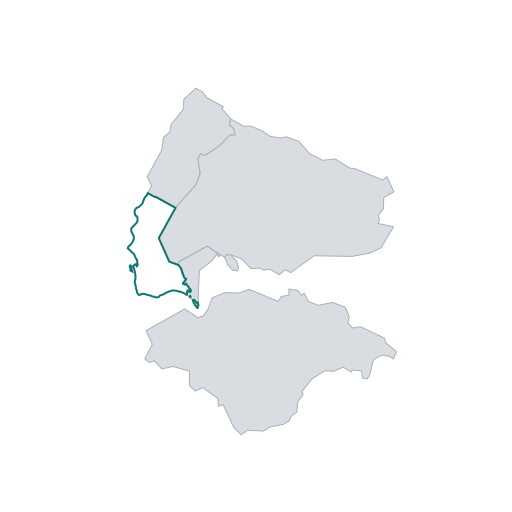 map of Oman with United Arab Emirates, Qatar, Iran and 2 others greyed out, rotated 140°
{"feature_id": "OMN", "entity_name": "Oman", "entity_type": "country or territory", "adm_level": 0, "iso_a3": "OMN", "parent_name": "Asia", "parent_adm1": "", "projection": "robinson", "projection_center": [56.004, 21.502], "detail": "fine", "context": "with_neighbors", "style": "outline", "palette": "teal", "viewbox_px": 512, "rotation_deg": 140, "n_neighbors": 5, "source": "natural_earth", "source_scale": "50m", "svg_char_len": 5464}
<svg xmlns="http://www.w3.org/2000/svg" viewBox="0 0 512 512"><g transform="rotate(140 256 256)"><path d="M282.9,279.7L284.8,279.1L285.1,282.5L293.5,280.6L308.7,281.3L330.6,257.4L332.6,261.6L334.1,271.4L328.7,271.4L327.8,279.4L329.7,281.2L324.9,283.6L324.8,288.7L319.3,301.4L287.2,295.1L282.9,279.7Z" fill="#d9dde1" stroke="#a8b0b8" stroke-width="1"/><path d="M274.7,273.5L274.1,264.5L277.1,258.0L280.0,256.7L283.1,260.5L283.2,267.8L280.9,275.0L277.9,275.9L274.7,273.5Z" fill="#d9dde1" stroke="#a8b0b8" stroke-width="1"/><path d="M252.0,209.5L246.3,203.0L246.4,196.5L243.1,196.5L245.0,187.5L239.9,178.1L227.4,171.4L220.6,159.6L223.3,150.0L228.6,145.7L228.1,138.5L221.5,134.8L210.3,110.3L212.5,106.4L209.9,92.3L217.0,88.8L218.4,93.5L223.3,99.1L230.1,100.8L233.8,100.4L246.0,91.3L249.8,90.4L252.7,94.0L249.1,100.1L255.2,106.6L257.7,106.0L260.7,115.0L270.3,117.6L277.2,123.8L291.7,125.9L307.7,122.7L308.7,119.8L317.7,117.4L324.9,110.3L331.7,110.7L336.2,108.4L343.4,109.5L354.7,115.8L362.8,117.1L374.6,128.0L382.2,128.5L383.3,138.8L376.7,163.2L381.2,165.0L376.9,171.8L381.4,189.5L389.3,191.6L390.3,199.5L381.0,210.7L390.6,224.7L400.7,230.1L401.2,241.0L406.2,243.0L407.2,248.7L392.1,255.1L388.2,269.5L344.7,261.3L340.1,246.1L335.1,243.9L327.0,246.1L316.3,252.1L303.4,248.0L292.8,238.5L282.7,235.0L268.2,206.8L262.6,208.8L256.0,204.7L252.0,209.5Z" fill="#d9dde1" stroke="#a8b0b8" stroke-width="1"/><path d="M286.9,344.6L298.7,373.6L290.9,376.9L288.5,386.6L260.4,397.6L250.7,406.3L242.7,406.3L236.3,411.4L217.5,415.1L210.6,422.4L194.3,423.2L191.5,416.0L191.9,409.2L185.2,391.4L187.3,390.8L187.3,377.3L192.1,373.4L191.1,368.2L194.1,362.1L198.4,365.3L213.8,363.9L230.3,365.8L232.9,369.9L238.0,367.8L245.8,354.9L255.9,349.3L286.9,344.6Z" fill="#d9dde1" stroke="#a8b0b8" stroke-width="1"/><path d="M109.0,216.6L120.6,218.6L128.0,210.3L136.1,208.6L138.0,204.5L141.6,202.4L131.9,190.0L155.1,181.9L167.5,185.3L182.6,193.9L211.3,218.8L240.1,221.0L242.6,226.9L250.1,226.5L254.0,237.2L259.2,240.0L260.9,244.4L268.0,249.5L268.8,262.9L274.7,273.5L277.9,275.9L280.9,275.0L287.2,295.1L319.3,301.4L321.4,298.7L326.3,307.5L319.2,332.2L286.9,344.6L255.9,349.3L245.8,354.9L238.0,367.8L232.9,369.9L230.3,365.8L213.8,363.9L198.4,365.3L194.1,362.1L191.1,368.2L192.1,373.4L187.3,377.3L182.1,363.4L176.6,359.0L171.1,348.6L168.3,338.6L161.0,330.1L156.3,328.0L149.5,316.2L149.2,300.3L143.5,286.6L132.9,279.3L127.7,263.0L124.7,260.2L110.0,232.6L104.8,232.6L109.0,216.6Z" fill="#d9dde1" stroke="#a8b0b8" stroke-width="1"/><path d="M298.5,373.6L297.8,372.0L297.2,370.4L296.5,368.7L295.9,367.1L295.4,366.0L294.7,365.6L294.2,364.4L293.7,363.1L293.3,361.9L292.8,360.7L292.3,359.4L291.8,358.2L291.4,357.0L290.9,355.7L290.4,354.5L290.0,353.3L289.5,352.0L289.0,350.8L288.6,349.6L288.1,348.3L287.6,347.1L287.1,345.8L286.7,344.6L288.2,344.0L290.0,343.3L291.9,342.6L293.7,341.9L295.6,341.2L297.4,340.5L299.3,339.8L301.1,339.1L303.0,338.4L304.8,337.7L306.7,336.9L308.5,336.2L310.4,335.5L312.2,334.8L314.1,334.1L315.9,333.4L317.8,332.7L318.9,332.3L319.4,330.6L319.8,329.2L320.2,327.9L320.6,326.5L321.0,325.1L321.4,323.8L321.7,322.4L322.1,321.0L322.5,319.7L322.9,318.3L323.3,316.9L323.7,315.6L324.1,314.2L324.5,312.8L324.9,311.5L325.3,310.1L325.7,308.7L326.0,307.5L325.4,306.3L324.5,304.6L323.5,303.0L322.6,301.4L322.0,300.2L321.2,298.8L321.3,297.0L321.3,296.1L321.3,294.7L322.1,292.8L323.0,290.4L323.6,288.7L324.2,287.3L324.6,286.2L324.9,285.0L324.8,284.2L324.5,283.9L324.2,283.5L325.1,282.9L326.6,282.5L327.5,282.6L328.7,282.3L329.7,282.0L329.8,281.6L329.5,281.0L329.1,280.1L327.7,280.0L327.3,279.8L327.8,278.5L327.8,278.0L327.6,277.5L327.4,276.7L327.5,275.6L327.8,274.9L327.8,274.3L327.7,273.1L327.7,272.1L328.0,271.5L328.5,271.0L329.0,270.8L329.5,270.8L329.9,271.0L330.0,271.6L329.9,272.0L329.7,272.0L330.0,272.9L330.6,273.7L331.0,273.5L331.5,273.0L332.0,272.5L332.7,272.1L333.2,271.3L333.6,270.8L334.0,270.7L335.1,273.9L336.7,277.0L338.1,278.6L339.6,280.9L341.8,283.0L342.9,283.7L347.0,285.2L349.3,285.8L352.4,286.3L354.6,287.4L355.4,287.5L356.5,287.2L357.3,287.2L359.4,288.7L360.0,290.2L360.9,291.0L361.7,292.2L362.2,293.5L363.9,295.5L365.2,297.7L366.5,299.3L367.6,300.3L369.3,300.7L370.7,301.2L370.8,302.3L370.7,303.7L370.4,304.8L369.2,306.8L368.9,308.1L367.5,310.2L365.9,313.7L365.2,314.5L362.7,316.3L360.9,318.5L358.7,322.2L357.0,326.0L356.4,327.2L355.0,327.4L354.1,327.3L353.5,327.0L353.8,325.9L353.9,324.8L353.1,324.9L352.4,325.2L350.7,328.0L349.8,329.2L349.6,330.8L349.2,332.8L348.5,334.6L348.3,336.2L348.3,337.1L348.8,339.2L348.8,341.4L349.1,342.8L349.3,344.4L348.5,344.8L347.9,345.1L345.2,345.3L342.5,345.8L340.2,346.7L338.7,347.6L336.9,349.7L335.8,354.9L334.0,357.1L332.8,357.5L329.8,357.7L325.7,358.3L324.3,358.9L321.9,362.0L321.7,363.0L322.1,363.8L322.3,364.6L322.1,365.3L321.0,367.3L319.8,368.8L316.6,369.7L315.5,369.2L314.4,368.9L312.4,368.9L309.1,369.2L307.8,370.3L305.9,371.1L304.1,372.2L300.7,372.7L298.5,373.6ZM333.0,262.4L332.8,262.7L332.5,262.7L331.8,262.5L331.4,261.9L331.5,261.2L331.5,259.9L331.7,258.7L331.6,257.5L331.1,257.2L330.7,257.3L331.6,255.5L332.0,255.2L332.3,255.4L333.1,255.2L333.5,254.2L333.9,253.7L334.2,253.7L334.4,254.0L334.3,255.5L334.3,256.7L333.8,260.5L333.4,261.1L333.1,261.7L333.0,262.4ZM359.0,329.5L358.4,329.7L358.2,329.6L358.2,328.0L359.7,326.1L360.8,323.8L361.5,325.8L360.2,327.0L359.6,328.9L359.0,329.5ZM332.9,267.5L332.4,267.8L332.1,267.8L332.2,267.1L332.4,266.7L332.8,266.7L332.9,267.0L332.9,267.5Z" fill="none" stroke="#0f766e" stroke-width="2"/></g></svg>